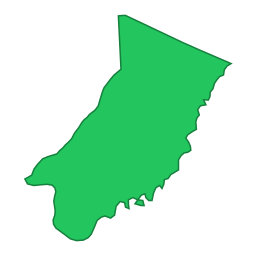 outline of Floresta, Paraná, Brazil
{"feature_id": "56859067B84288078304543", "entity_name": "Floresta", "entity_type": "district", "adm_level": 2, "iso_a3": "BRA", "parent_name": "Brazil", "parent_adm1": "Paraná", "projection": "natural_earth1", "projection_center": [-52.094, -23.605], "detail": "fine", "context": "isolated", "style": "filled", "palette": "green", "viewbox_px": 256, "rotation_deg": 0, "n_neighbors": 0, "source": "geoboundaries", "source_scale": "gbopen_adm2", "svg_char_len": 1507}
<svg xmlns="http://www.w3.org/2000/svg" viewBox="0 0 256 256"><path d="M101.4,217.1L105.0,216.0L110.6,218.1L114.6,215.1L116.1,206.3L120.1,201.5L124.6,202.6L125.5,207.1L129.0,208.6L128.4,203.8L128.4,199.8L132.8,197.6L137.8,199.8L141.4,195.1L144.9,193.8L145.9,197.6L148.7,200.5L152.0,200.5L153.6,192.8L156.0,187.6L159.6,185.5L162.0,188.5L163.8,184.2L164.4,179.6L168.1,178.5L170.7,174.6L173.8,172.8L178.5,169.9L178.5,165.5L178.5,159.9L181.0,155.6L184.2,152.9L187.7,152.3L190.8,150.3L190.4,146.4L188.7,142.3L185.8,138.0L187.9,134.6L192.2,131.7L196.4,129.3L195.8,121.8L197.0,117.8L199.3,115.0L197.7,109.6L200.4,105.8L205.9,104.8L203.6,99.7L208.3,100.1L210.0,96.4L210.2,92.2L213.0,88.7L214.4,83.5L216.6,80.2L219.5,76.6L223.5,75.0L224.3,69.8L227.2,65.9L231.1,63.6L199.5,50.0L182.2,42.3L125.4,15.4L122.2,15.5L118.4,15.9L121.0,69.2L114.0,75.1L110.2,79.6L106.3,84.8L104.0,87.8L102.5,91.6L100.0,99.8L98.3,105.8L95.2,110.0L89.4,114.5L87.1,117.4L84.1,119.8L81.8,122.6L78.9,127.4L74.5,133.2L71.6,138.8L68.3,142.3L65.4,144.9L63.1,147.7L59.9,150.4L56.9,153.9L52.9,155.1L48.1,156.6L42.7,158.8L37.7,164.2L34.0,169.1L31.7,175.2L24.9,179.0L27.5,183.9L33.8,185.5L40.6,184.8L47.2,184.3L52.3,185.2L55.0,188.1L55.8,191.8L54.5,197.0L53.8,201.3L55.2,210.8L54.8,215.2L53.1,220.1L53.6,224.3L56.0,228.2L64.5,234.4L70.3,238.8L76.5,240.6L83.4,240.1L88.1,237.7L91.2,234.2L93.8,228.5L97.1,220.4L101.4,217.1ZM137.8,199.8L135.0,203.8L140.9,205.5L144.1,205.6L142.8,200.5L137.8,199.8Z" fill="#22c55e" stroke="#15803d" stroke-width="1.5"/></svg>